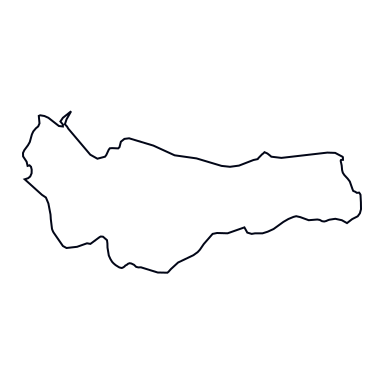 the Department of Atlántida
{"feature_id": "HND-637", "entity_name": "Atlántida", "entity_type": "Department", "adm_level": 1, "iso_a3": "HND", "parent_name": "Honduras", "parent_adm1": "", "projection": "equal_earth", "projection_center": [-87.125, 15.681], "detail": "fine", "context": "isolated", "style": "outline", "palette": "ink", "viewbox_px": 384, "rotation_deg": 0, "n_neighbors": 0, "source": "natural_earth", "source_scale": "10m", "svg_char_len": 2045}
<svg xmlns="http://www.w3.org/2000/svg" viewBox="0 0 384 384"><path d="M38.8,115.9L40.2,115.3L44.4,116.0L48.4,117.8L58.9,126.0L62.9,126.5L62.9,124.5L60.4,121.5L62.9,117.8L71.1,111.3L66.5,119.4L64.9,124.3L67.0,126.5L68.3,128.7L90.3,154.7L97.4,158.7L105.0,156.7L106.3,155.0L108.7,149.8L109.8,148.3L112.1,148.1L118.2,148.4L119.5,147.1L120.9,141.7L124.4,138.9L129.1,138.3L153.4,145.6L174.6,155.3L196.5,158.4L221.6,165.9L230.0,166.8L239.0,165.6L253.5,160.0L257.7,159.1L258.3,158.2L262.2,154.2L263.1,153.6L264.5,152.2L267.4,153.5L270.2,155.7L271.3,156.7L281.4,157.9L327.4,152.6L335.2,152.9L342.4,156.7L342.9,157.2L343.0,159.8L341.3,159.9L340.9,160.1L340.7,160.9L340.9,162.0L341.3,163.7L341.7,165.6L342.1,170.1L342.8,172.7L344.3,175.0L347.7,178.7L349.8,181.5L352.5,189.2L353.2,190.9L355.5,191.9L356.7,192.8L357.6,192.8L359.1,192.6L359.9,193.7L360.5,194.8L360.9,202.2L361.0,209.2L359.9,213.3L357.7,216.3L352.2,219.1L347.0,223.1L341.8,220.2L335.3,218.8L329.4,219.7L327.7,220.3L326.2,221.0L324.2,221.5L322.1,221.2L319.7,219.9L317.3,219.5L308.7,220.2L300.2,217.1L296.2,216.2L293.5,216.9L288.4,219.0L283.4,221.9L273.6,229.0L267.7,231.7L262.6,233.3L255.2,233.3L251.7,233.9L247.3,232.6L244.4,227.4L227.6,233.3L217.0,233.0L212.6,233.9L203.8,244.0L199.9,249.7L197.7,252.1L193.4,255.2L178.1,262.5L170.9,269.1L168.5,271.8L167.4,272.7L157.7,272.5L140.9,267.3L138.4,267.4L136.2,266.9L134.0,264.8L131.3,263.5L129.6,263.2L128.0,263.8L126.7,264.9L125.4,265.5L124.4,266.6L123.0,267.5L121.8,268.0L120.3,267.7L119.1,267.3L115.6,265.1L113.6,263.4L112.1,261.8L110.4,259.0L108.8,255.5L107.5,247.6L107.4,243.5L107.0,240.2L103.0,236.7L100.8,236.5L99.6,237.1L90.4,243.9L87.0,243.3L77.1,246.8L66.5,248.0L62.9,246.0L53.5,232.4L52.7,230.8L52.0,228.9L50.8,219.1L50.5,214.5L48.4,203.5L45.9,197.5L41.9,194.8L24.7,179.3L28.1,178.2L30.2,176.5L31.6,173.3L31.7,169.7L31.0,166.8L29.5,165.3L27.6,165.9L26.6,161.7L23.1,156.4L23.0,153.0L24.3,150.2L28.0,145.2L29.8,142.0L31.9,134.4L33.3,131.4L35.9,128.3L38.2,126.4L39.5,123.4L38.8,115.9Z" fill="none" stroke="#020617" stroke-width="2"/></svg>